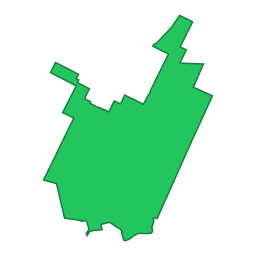 outline of Alexandru Odobescu, Calarasi, Romania
{"feature_id": "2599482B54929326220532", "entity_name": "Alexandru Odobescu", "entity_type": "district", "adm_level": 2, "iso_a3": "ROU", "parent_name": "Romania", "parent_adm1": "Calarasi", "projection": "orthographic", "projection_center": [27.086, 44.315], "detail": "fine", "context": "isolated", "style": "filled", "palette": "green", "viewbox_px": 256, "rotation_deg": 0, "n_neighbors": 0, "source": "geoboundaries", "source_scale": "gbopen_adm2", "svg_char_len": 3942}
<svg xmlns="http://www.w3.org/2000/svg" viewBox="0 0 256 256"><path d="M87.1,235.5L87.2,235.4L87.8,234.4L88.1,233.9L88.5,233.3L89.2,232.2L89.6,231.5L92.5,230.7L93.6,230.5L94.8,230.3L96.1,230.3L96.9,230.3L98.3,230.0L99.2,229.9L100.4,229.9L102.0,229.8L101.9,229.4L101.8,228.6L101.4,226.7L101.0,224.4L102.0,224.2L103.2,223.9L105.4,223.4L107.3,222.7L108.8,222.6L109.8,222.6L110.0,222.7L112.4,224.1L113.0,224.5L114.7,225.8L114.9,226.0L115.1,226.2L116.1,226.6L117.9,227.9L118.7,228.1L119.6,228.7L120.2,229.1L120.6,229.7L121.7,231.2L121.7,231.7L121.7,232.9L121.7,233.6L122.0,234.3L122.4,235.2L122.6,236.0L122.7,236.7L122.7,237.4L123.0,238.1L123.4,238.8L123.7,240.0L125.0,240.6L125.8,240.5L128.5,239.5L129.8,238.8L132.8,236.5L134.5,235.4L135.4,235.0L137.0,234.1L138.3,233.6L139.2,233.4L139.9,233.3L140.5,233.4L141.2,233.2L141.9,233.2L142.6,233.4L144.8,233.6L145.5,233.5L145.9,233.7L147.3,233.6L150.0,233.3L151.4,232.9L152.1,232.2L152.4,231.3L152.6,230.7L152.7,230.3L152.5,230.0L152.5,229.3L152.4,229.0L151.9,228.4L151.9,226.7L152.8,225.2L153.0,224.3L153.1,223.6L153.3,222.8L153.6,221.9L153.7,221.1L153.7,219.9L153.7,219.7L153.6,219.4L153.4,219.0L153.3,218.6L154.4,218.0L154.7,217.9L155.0,217.9L155.3,217.9L155.5,218.0L157.1,218.7L158.0,216.7L166.6,197.1L166.8,197.1L170.2,189.4L184.0,158.2L193.0,138.2L196.5,130.6L196.9,129.8L209.0,103.3L212.4,95.8L193.3,87.2L203.0,65.1L203.6,64.0L180.2,63.1L180.2,62.3L186.4,49.8L180.1,46.9L192.6,21.9L192.4,21.8L190.9,21.0L187.3,19.2L185.3,18.2L182.8,17.0L180.7,15.9L180.1,15.6L179.7,15.4L179.2,16.1L178.7,16.8L177.5,18.5L176.6,19.9L175.7,21.3L174.6,22.8L171.7,27.1L168.0,31.1L165.6,33.6L160.7,38.8L156.4,43.3L156.1,43.5L154.4,44.2L153.8,44.5L153.3,45.1L153.1,45.5L152.8,46.2L155.9,47.7L161.7,50.7L168.5,54.1L166.5,58.0L163.8,63.6L157.7,75.8L150.5,90.5L150.4,90.6L150.5,91.1L150.5,91.3L150.4,91.7L148.8,94.4L148.4,94.9L148.1,95.3L147.8,95.7L145.1,101.1L144.4,102.4L144.3,102.5L144.0,102.7L143.3,104.2L143.3,104.3L143.2,104.3L137.3,101.2L134.8,99.9L132.8,99.0L130.0,97.7L128.2,96.8L124.7,95.0L123.6,97.6L122.8,99.1L121.9,101.2L120.6,103.7L120.4,103.8L120.0,103.7L118.1,102.8L117.4,102.5L116.6,102.0L115.5,101.4L114.7,101.0L114.4,101.0L114.2,101.1L112.4,104.5L110.7,108.1L108.9,111.8L103.5,109.3L103.0,109.8L100.1,107.7L99.6,108.2L92.0,104.3L90.5,103.5L90.2,103.2L90.3,102.7L90.5,102.1L90.5,101.9L90.4,101.8L90.3,101.7L84.8,98.8L84.7,98.7L84.7,98.4L85.6,96.4L88.3,91.0L89.4,88.7L77.5,82.7L78.8,80.0L76.3,78.7L78.4,74.5L78.5,74.4L78.3,74.2L68.8,69.3L60.1,64.8L55.5,62.5L53.8,66.0L52.1,69.4L50.6,72.7L53.3,74.1L58.0,76.5L61.8,78.4L76.2,85.8L73.9,90.5L71.0,96.1L69.7,98.8L67.5,103.0L62.6,112.6L73.6,117.9L73.8,118.0L72.8,120.1L72.4,120.9L71.4,123.0L70.5,124.7L69.6,126.6L68.3,129.2L66.5,132.9L65.8,134.3L63.1,140.0L61.2,143.8L57.8,150.8L56.9,152.6L56.2,154.4L54.8,157.1L53.0,160.7L50.7,165.5L49.3,168.2L46.9,173.3L45.6,175.9L44.3,178.6L43.6,179.9L43.6,180.1L44.9,180.4L46.1,180.8L47.9,181.2L50.3,181.9L51.5,182.2L55.2,183.2L56.5,183.6L57.4,187.3L58.6,192.6L60.7,201.8L61.6,205.5L61.7,206.0L62.3,208.3L63.6,214.2L64.2,216.7L64.5,218.1L66.0,218.3L67.1,218.5L68.1,218.6L72.3,219.2L74.6,219.6L75.0,219.6L75.4,219.7L75.6,219.7L75.9,219.8L76.3,219.8L76.9,219.9L77.9,220.1L79.9,220.3L81.3,220.5L81.4,220.8L81.4,221.2L81.4,221.4L81.4,221.5L81.7,221.4L82.5,221.1L83.2,220.8L83.6,220.7L83.8,220.7L84.1,220.6L84.4,220.6L85.0,220.8L85.6,220.9L86.2,221.0L86.3,221.0L86.5,221.1L86.7,221.4L86.9,221.8L87.0,221.9L87.0,222.0L87.1,222.5L87.3,223.2L87.5,223.8L87.5,224.0L87.6,224.4L87.8,225.5L88.0,226.0L88.2,226.7L88.4,227.3L88.5,227.8L88.8,228.2L88.9,228.4L89.0,228.6L89.0,228.8L89.0,229.0L88.9,229.3L88.8,229.5L88.7,229.9L88.5,230.1L88.3,230.4L87.7,231.4L87.1,232.0L86.9,232.3L86.8,232.7L86.3,233.2L86.3,233.6L86.6,233.3L87.0,233.1L87.4,232.9L87.5,232.8L87.8,232.9L87.8,233.0L87.7,233.1L87.6,233.5L87.5,234.1L87.4,234.3L87.3,234.7L87.2,235.0L87.1,235.3L87.1,235.5L87.1,235.5Z" fill="#22c55e" stroke="#15803d" stroke-width="1.5"/></svg>